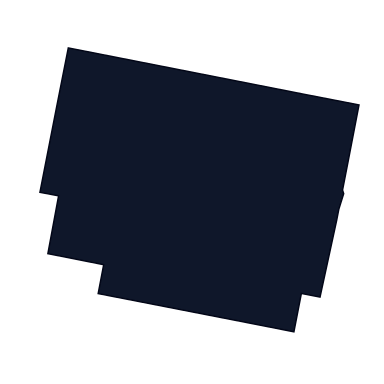 outline of Morris, Kansas, United States of America, rotated 191°
{"feature_id": "52423323B46271330611331", "entity_name": "Morris", "entity_type": "district", "adm_level": 2, "iso_a3": "USA", "parent_name": "United States of America", "parent_adm1": "Kansas", "projection": "equal_earth", "projection_center": [-96.703, 38.696], "detail": "fine", "context": "isolated", "style": "filled", "palette": "ink", "viewbox_px": 384, "rotation_deg": 191, "n_neighbors": 0, "source": "geoboundaries", "source_scale": "gbopen_adm2", "svg_char_len": 398}
<svg xmlns="http://www.w3.org/2000/svg" viewBox="0 0 384 384"><g transform="rotate(191 192 192)"><path d="M341.2,162.7L322.2,162.8L321.7,104.0L264.8,103.8L264.7,74.4L103.5,74.3L65.3,74.2L65.3,113.3L46.3,113.3L44.6,191.8L44.6,203.2L42.8,219.3L44.6,222.6L44.6,230.8L44.6,250.4L44.7,309.3L101.5,309.3L340.9,309.8L341.1,250.8L341.2,162.7Z" fill="#0f172a" stroke="#020617" stroke-width="1.5"/></g></svg>